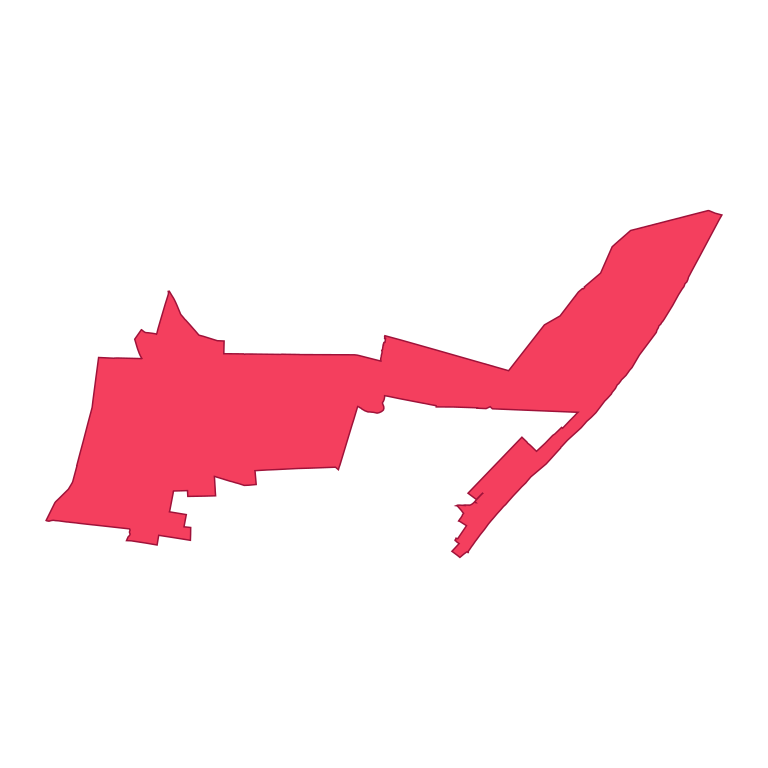 the district of Sacele, Constanta, Romania
{"feature_id": "2599482B64412955341960", "entity_name": "Sacele", "entity_type": "district", "adm_level": 2, "iso_a3": "ROU", "parent_name": "Romania", "parent_adm1": "Constanta", "projection": "equal_earth", "projection_center": [28.684, 44.499], "detail": "fine", "context": "isolated", "style": "filled", "palette": "rose", "viewbox_px": 768, "rotation_deg": 0, "n_neighbors": 0, "source": "geoboundaries", "source_scale": "gbopen_adm2", "svg_char_len": 5955}
<svg xmlns="http://www.w3.org/2000/svg" viewBox="0 0 768 768"><path d="M169.5,291.6L169.4,291.7L169.1,291.2L168.2,291.4L168.4,292.3L168.5,292.7L168.4,293.3L168.4,293.9L168.1,295.0L167.7,296.3L165.3,303.9L160.9,318.8L159.3,324.3L158.0,328.8L156.9,333.2L156.5,334.2L155.8,333.9L154.9,333.7L152.4,333.3L148.5,332.8L145.9,332.6L145.2,332.4L144.6,332.1L144.0,331.7L141.5,329.7L141.4,329.7L134.7,339.2L137.0,347.0L137.7,349.2L138.8,352.1L139.1,353.0L140.1,355.3L140.4,355.9L141.0,357.0L141.5,357.9L141.9,358.5L141.7,358.6L117.3,358.0L114.4,358.1L114.0,358.3L113.4,358.2L98.6,357.5L97.9,362.9L97.4,366.7L96.3,374.9L96.0,377.1L95.4,381.8L95.1,384.1L92.9,400.9L92.2,407.0L92.0,408.0L88.2,422.2L83.1,441.8L80.0,453.3L76.8,465.5L77.0,465.6L73.8,477.6L72.9,481.0L72.7,481.7L72.2,482.8L70.8,485.2L68.4,489.2L67.7,489.9L58.7,498.8L56.5,500.9L55.5,501.9L54.8,502.9L46.1,520.5L46.8,520.8L48.3,521.1L48.9,521.1L49.4,521.1L51.0,520.6L52.4,520.4L52.9,520.3L53.5,520.3L55.4,520.6L58.4,520.8L67.1,522.0L68.2,522.0L70.2,522.3L76.1,522.9L79.8,523.4L93.3,524.9L93.7,524.9L98.1,525.4L129.6,528.9L129.8,529.6L130.0,529.8L130.0,530.0L130.0,530.5L129.8,530.8L129.6,531.3L129.5,532.0L129.5,532.6L129.7,533.1L130.0,533.5L130.0,533.9L130.1,534.3L130.0,534.6L129.5,535.5L128.6,536.4L128.0,537.1L127.8,537.5L127.8,537.8L127.1,539.1L127.1,539.4L126.7,540.1L126.5,540.6L131.2,540.8L138.9,542.0L146.1,543.1L157.1,545.0L158.7,535.3L158.8,535.3L162.5,535.9L174.8,537.8L190.4,540.3L190.6,534.5L190.6,534.4L190.7,527.5L184.0,526.8L186.3,514.6L169.4,511.8L169.8,510.5L170.3,507.9L173.1,493.3L173.3,491.7L173.4,491.1L173.5,491.0L187.5,490.6L187.8,496.4L205.0,496.1L215.6,495.8L215.2,490.5L215.2,489.7L214.5,477.8L214.4,477.4L214.4,476.4L215.4,476.6L216.7,477.1L230.4,481.3L230.5,481.3L232.2,481.7L235.7,482.8L238.1,483.4L242.1,484.7L244.2,485.4L248.7,485.2L256.2,484.5L256.1,483.4L255.2,472.9L255.0,471.2L254.9,470.7L259.4,470.4L268.1,469.9L271.0,469.8L275.7,469.6L297.5,468.5L310.7,468.1L335.5,467.2L338.4,469.7L339.1,467.2L339.9,465.1L351.8,425.7L353.8,419.4L355.7,413.0L357.3,407.7L357.7,406.4L357.8,406.4L359.1,407.1L359.8,407.6L361.5,408.5L362.0,409.1L362.2,409.3L363.2,409.7L363.8,410.1L364.5,410.6L365.0,410.8L367.1,411.6L367.4,411.8L367.7,411.8L368.9,412.0L369.6,411.9L371.1,412.1L373.4,412.3L377.1,413.1L379.0,412.7L379.7,412.4L381.3,411.7L382.4,410.9L383.4,410.0L383.9,408.3L383.7,406.4L382.6,403.7L382.5,402.6L383.4,401.3L384.1,399.6L384.4,398.2L384.6,396.9L384.6,395.7L387.2,396.1L399.3,398.6L436.1,405.7L436.2,406.1L436.2,406.9L453.5,407.0L477.3,407.8L477.1,408.2L486.1,408.6L490.2,406.7L492.4,408.8L578.0,412.3L576.5,413.7L574.4,416.0L570.4,420.0L562.6,428.2L561.6,427.4L554.8,434.0L552.7,435.4L545.2,443.2L536.5,451.3L534.4,449.3L532.2,447.1L530.2,445.2L529.1,444.3L528.3,443.7L527.8,443.3L527.3,442.7L527.0,442.1L526.6,441.7L521.9,437.2L468.0,493.2L476.4,499.5L480.9,494.8L482.5,493.2L482.7,493.4L482.5,493.5L481.1,494.9L476.2,500.0L474.7,501.7L475.9,502.5L476.1,502.7L475.9,502.7L474.7,502.0L474.6,501.9L474.5,502.0L473.2,503.2L472.0,504.1L470.6,504.9L469.9,505.1L469.4,505.1L469.1,505.3L468.9,505.1L467.0,505.1L465.0,505.0L463.3,505.2L463.6,505.4L462.0,505.3L461.1,505.2L459.0,505.1L457.5,505.2L456.3,505.7L456.9,505.8L457.1,505.8L457.3,505.9L460.5,509.5L461.2,510.3L461.4,510.5L461.9,511.2L462.3,511.8L463.6,513.3L462.5,514.7L462.4,515.1L462.3,515.5L460.9,517.8L460.0,518.9L458.6,521.0L458.9,521.1L459.0,520.9L466.5,525.7L457.7,538.7L456.0,538.2L455.7,539.2L455.2,539.9L455.0,540.2L455.4,540.8L456.2,541.1L456.6,541.8L459.1,543.6L451.9,551.3L457.3,555.3L459.9,557.4L463.8,554.1L466.5,552.1L466.9,551.9L467.3,551.9L467.6,552.1L467.8,552.4L468.1,552.6L468.3,552.4L468.3,551.9L468.3,551.4L468.7,550.7L469.6,549.5L471.4,546.8L472.7,545.1L475.4,541.2L476.8,539.4L480.3,534.6L483.7,530.4L484.5,529.4L488.4,524.0L491.3,520.5L492.9,518.7L497.3,513.5L501.1,509.3L503.5,506.5L505.7,504.5L508.4,501.3L513.2,495.9L518.5,490.3L521.6,486.9L525.8,482.9L527.3,481.0L530.9,476.8L546.3,463.8L547.0,463.0L560.7,447.9L560.8,447.2L561.4,446.8L567.4,440.3L581.2,427.7L586.7,421.4L591.3,417.3L595.9,412.7L604.7,401.1L607.5,398.3L611.4,394.0L612.1,392.5L615.4,388.5L617.2,384.9L618.9,383.5L619.5,382.5L620.2,381.8L621.5,379.8L626.0,375.4L629.7,370.2L632.0,367.6L639.4,355.0L654.6,334.7L656.3,332.4L656.9,330.2L658.3,327.8L658.9,325.9L660.8,324.1L661.6,322.6L662.7,321.4L664.2,319.2L672.8,305.2L678.5,294.8L682.2,288.9L683.9,286.7L685.0,283.7L687.0,281.7L687.2,280.9L687.8,279.8L688.5,277.2L691.7,271.1L700.7,254.4L719.2,219.7L721.9,215.0L714.8,213.1L714.2,212.8L708.9,210.6L708.0,210.6L630.6,230.5L620.0,239.8L619.8,240.1L619.6,240.1L612.2,246.7L600.6,273.1L584.4,286.9L584.6,287.2L584.6,287.6L584.5,287.8L583.9,288.2L583.6,288.6L583.3,288.8L582.8,288.8L582.4,288.6L578.4,292.0L575.4,295.9L575.5,296.0L575.3,296.3L574.9,296.7L574.7,296.8L560.1,315.9L544.4,324.9L508.6,370.7L435.1,349.7L400.8,340.0L384.9,335.7L384.6,336.4L384.7,336.6L384.7,337.0L384.9,337.4L384.6,338.0L384.6,338.5L384.8,338.8L385.1,339.0L385.3,338.9L385.5,338.8L385.4,339.3L385.1,342.0L384.9,342.4L384.7,342.6L384.4,342.5L384.2,342.3L383.9,342.5L383.2,344.7L383.5,344.8L383.5,345.0L383.4,345.3L383.1,345.3L382.7,347.9L382.6,348.7L382.6,349.4L382.4,349.8L382.0,350.0L381.8,350.2L381.7,350.6L381.9,351.1L382.0,351.3L382.1,351.7L382.0,352.7L381.9,353.3L381.7,354.0L381.5,354.7L381.3,355.5L381.3,356.3L381.0,357.5L380.8,358.2L380.6,359.4L380.9,360.2L380.9,361.1L358.5,355.4L357.8,355.3L357.5,355.2L357.1,355.1L354.3,354.8L299.9,354.6L299.4,354.5L284.9,354.3L281.9,354.2L280.5,354.4L255.6,354.1L251.4,354.1L251.5,354.0L245.5,354.0L245.0,354.3L244.8,354.4L244.6,354.4L243.9,353.9L223.8,353.7L224.1,341.0L217.3,340.7L203.3,336.3L200.2,335.5L198.9,335.1L198.7,334.9L198.1,334.2L194.7,330.2L194.4,329.9L190.2,325.1L185.7,320.1L185.5,319.9L185.3,319.8L184.8,319.3L183.4,317.5L180.9,314.6L180.6,314.1L177.0,305.4L175.8,302.7L174.6,300.2L173.6,298.3L171.6,295.1L170.1,292.6L169.5,291.6Z" fill="#f43f5e" stroke="#9f1239" stroke-width="1.5"/></svg>